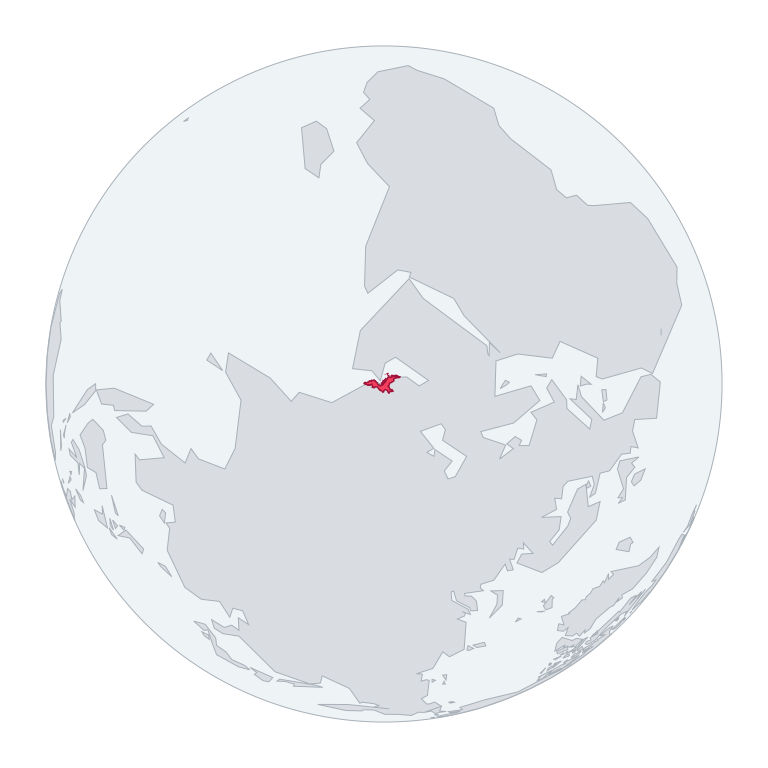 Hormozgan highlighted on a globe, orthographic projection, rotated 152°
{"feature_id": "IRN-3228", "entity_name": "Hormozgan", "entity_type": "Province", "adm_level": 1, "iso_a3": "IRN", "parent_name": "Iran", "parent_adm1": "", "projection": "orthographic", "projection_center": [56.023, 27.172], "detail": "fine", "context": "on_globe", "style": "filled", "palette": "rose", "viewbox_px": 768, "rotation_deg": 152, "n_neighbors": 0, "source": "natural_earth", "source_scale": "10m", "svg_char_len": 15249}
<svg xmlns="http://www.w3.org/2000/svg" viewBox="0 0 768 768"><g transform="rotate(152 384 384)"><circle cx="384" cy="384" r="338" fill="#eef3f6" stroke="#a8b0b8"/><path d="M448.2,52.2L448.6,52.3L449.8,52.5L461.6,55.1L456.8,54.1L469.5,57.1L481.1,60.3L479.2,59.8L492.2,64.0L489.3,63.3L493.9,65.3L489.4,64.5L473.5,59.7L470.2,59.4L479.6,62.5L480.9,64.4L467.7,59.7L468.7,62.8L442.2,57.6L410.4,49.3L392.2,49.2L350.2,49.2L350.5,50.0L334.8,51.8L329.3,53.6L323.1,54.0L324.1,55.3L330.9,54.7L333.6,55.3L331.0,56.7L322.5,57.0L322.6,56.4L318.8,57.3L315.7,57.1L315.8,58.0L305.9,58.9L311.7,60.2L300.5,62.8L295.1,62.9L300.9,59.9L302.5,56.2L299.8,56.7L324.1,51.4L348.8,47.9L373.7,46.2L398.7,46.4L423.6,48.4L448.2,52.2ZM246.2,75.4L247.9,74.7L246.8,75.7L259.2,70.8L260.6,70.8L271.3,67.9L264.0,71.7L251.1,77.4L241.8,80.4L235.9,83.4L240.1,83.9L218.4,93.9L196.3,108.8L191.3,111.6L189.9,109.5L201.5,100.0L200.3,100.4L222.8,87.0L246.2,75.4ZM197.5,102.2L195.0,104.3L182.6,112.7L178.1,116.2L175.4,118.5L177.9,117.1L172.4,121.3L174.1,119.2L179.3,115.1L179.1,115.3L180.5,114.2L197.5,102.2ZM495.4,65.8L498.4,66.7L499.5,67.5L495.4,65.8ZM274.6,66.1L273.0,67.0L271.8,67.0L274.6,66.1ZM280.8,64.2L280.7,63.7L283.6,62.8L283.6,63.1L280.8,64.2ZM493.6,67.1L494.5,68.5L490.8,66.2L493.6,67.1ZM280.3,65.2L288.8,61.3L293.9,59.8L298.3,60.0L280.3,65.2ZM493.2,68.7L495.7,73.0L502.5,75.1L484.6,72.5L488.5,69.1L482.8,65.7L489.3,68.1L493.2,68.7ZM334.1,54.0L326.8,54.7L335.3,53.1L334.1,54.0ZM338.9,52.9L361.1,48.7L370.6,49.0L361.2,50.1L375.5,50.2L369.2,52.2L360.0,52.7L355.1,51.9L356.4,53.5L338.9,52.9ZM474.3,70.8L472.5,71.4L471.3,69.9L474.3,70.8ZM335.3,55.5L338.9,54.3L347.4,54.4L341.7,56.8L340.8,55.9L335.3,55.5ZM382.3,49.4L387.6,50.3L383.9,52.1L385.5,52.8L369.8,52.4L382.3,49.4ZM337.5,56.6L338.5,58.1L332.2,59.4L332.3,56.7L337.5,56.6ZM352.1,53.5L355.8,53.8L351.8,54.4L352.1,53.5ZM310.2,66.1L314.3,64.1L319.1,63.9L310.2,66.1ZM339.4,58.6L341.5,58.2L343.9,58.0L343.2,59.3L339.4,58.6ZM368.4,54.0L365.7,54.8L374.6,54.2L372.2,56.0L362.2,55.6L365.5,56.6L364.8,57.2L357.4,56.2L368.4,54.0ZM349.6,60.4L336.1,61.3L327.3,64.8L322.8,64.9L337.7,59.4L349.6,60.4ZM354.9,57.9L350.6,59.4L347.2,58.6L348.0,57.1L354.9,57.9ZM374.2,57.6L380.4,54.9L382.4,55.1L374.2,57.6ZM347.8,61.5L351.1,61.3L347.5,61.8L347.8,61.5ZM366.9,58.8L368.8,57.7L371.0,58.0L366.9,58.8ZM356.1,62.1L351.7,62.2L352.1,61.1L356.1,62.1ZM361.6,60.7L364.1,61.4L354.9,60.6L362.1,60.1L361.6,60.7ZM368.6,59.3L370.5,59.1L367.5,59.8L368.6,59.3ZM357.1,66.9L345.4,66.1L346.2,63.3L357.5,64.4L357.1,66.9ZM73.5,406.2L70.4,349.6L78.2,335.5L84.1,313.8L142.0,267.2L149.2,277.3L189.1,286.0L193.2,290.9L183.1,306.4L208.6,339.0L223.3,327.8L251.8,347.7L274.3,351.8L291.9,321.0L255.1,313.4L254.1,296.3L287.9,288.7L320.8,296.5L321.5,290.2L305.2,273.0L317.3,263.4L300.1,266.3L303.7,273.5L292.9,276.0L289.0,269.7L293.5,266.2L284.8,261.5L265.8,280.6L267.5,290.0L242.1,288.1L242.3,304.0L233.8,309.1L230.2,284.3L234.0,276.5L223.5,247.6L217.1,255.3L226.7,283.6L221.6,280.1L213.1,292.3L215.6,280.2L206.9,248.8L187.1,246.6L153.7,269.7L143.8,267.3L139.1,256.0L159.4,225.8L179.3,234.9L186.7,225.7L189.6,208.2L195.4,212.9L199.0,207.3L207.2,210.5L225.6,201.5L235.0,203.8L248.8,188.2L255.4,187.6L245.4,196.7L243.4,204.8L267.4,211.8L274.0,209.5L281.1,199.2L286.8,203.1L290.5,192.3L307.6,192.3L289.9,183.8L297.7,173.1L311.6,167.2L310.9,162.5L288.4,172.3L282.2,177.8L282.0,184.7L262.5,200.3L252.8,200.7L261.2,179.8L248.4,178.7L260.5,164.2L314.1,144.4L333.1,143.4L350.6,163.5L342.3,169.2L332.0,164.4L335.5,178.4L338.1,172.6L342.9,176.3L351.5,168.1L355.3,170.4L357.1,159.2L362.7,161.1L361.5,168.2L379.1,159.2L392.5,161.7L394.7,158.7L393.2,154.8L411.3,161.3L412.0,158.9L406.4,155.7L404.3,149.0L407.7,140.1L413.8,142.9L413.4,146.4L421.7,158.6L419.7,168.5L422.5,168.8L425.7,161.0L415.6,145.9L415.9,139.9L421.9,146.2L419.8,143.4L421.8,141.4L429.5,142.1L423.4,135.1L437.8,112.1L454.2,112.4L457.9,119.9L474.4,109.9L491.5,113.0L486.3,109.8L490.7,104.2L485.4,103.0L483.2,101.1L491.9,88.6L498.7,88.6L496.6,81.5L493.9,80.1L488.7,79.6L484.6,72.5L502.5,75.1L507.7,78.0L515.4,78.5L526.1,85.4L538.5,92.1L545.8,100.7L555.0,106.0L556.9,105.7L570.9,113.6L592.9,132.2L566.4,118.0L531.8,94.7L545.2,103.7L539.5,102.4L542.8,106.3L552.5,113.2L555.2,113.5L557.5,131.5L575.6,155.4L580.6,149.8L590.3,154.0L615.3,181.1L630.4,229.4L643.4,239.2L648.5,248.0L646.8,256.8L639.3,244.0L631.7,242.6L627.7,234.6L622.4,245.9L616.5,235.1L615.2,250.1L622.8,257.0L629.7,250.4L631.2,269.2L646.4,279.7L655.3,297.9L653.5,339.0L641.0,357.2L641.7,363.7L633.1,360.0L627.1,376.0L647.6,403.9L648.9,413.8L636.7,438.9L635.4,431.8L612.7,422.1L612.3,446.8L629.7,459.9L635.9,480.0L624.2,477.8L617.5,460.3L609.4,456.3L608.8,435.4L596.7,407.6L584.7,417.6L583.0,405.1L564.5,383.7L545.7,397.0L517.8,436.9L518.3,468.8L506.7,484.5L481.7,442.7L474.0,412.2L462.8,416.5L438.8,392.0L391.3,392.4L386.5,384.2L377.1,388.0L360.6,379.5L353.9,365.8L343.0,366.2L361.2,402.2L373.2,401.9L385.8,388.6L388.4,401.3L404.6,412.3L379.8,442.3L312.4,465.2L309.2,441.0L275.2,369.4L278.1,362.1L278.1,361.3L277.9,359.7L271.4,371.1L266.7,357.0L281.2,406.5L282.2,426.7L311.4,466.5L307.8,469.9L318.3,478.3L355.7,471.7L355.2,479.6L335.5,514.2L286.5,555.7L295.0,586.2L294.9,609.9L268.8,621.1L275.7,638.7L262.9,642.0L265.1,651.1L257.4,658.2L242.8,662.5L213.2,653.8L207.7,645.6L187.4,624.9L157.6,575.9L161.2,558.2L157.0,540.8L136.0,494.6L140.3,474.5L135.6,462.8L125.4,460.3L120.4,446.2L114.6,442.8L81.2,428.6L73.5,406.2ZM116.4,296.8L113.4,302.8L116.4,296.8ZM352.2,322.1L374.1,325.1L370.1,303.8L378.3,303.5L373.9,296.7L369.8,302.3L360.0,284.0L371.6,278.9L372.0,270.1L364.6,268.7L345.0,281.3L358.7,306.9L351.2,314.9L352.2,322.1ZM182.5,112.8L182.1,113.2L178.5,116.2L178.4,116.0L182.5,112.8ZM173.4,124.1L164.8,130.7L170.9,125.5L169.0,126.0L179.4,116.5L189.4,112.6L183.0,115.7L173.4,124.1ZM196.1,103.9L188.4,109.6L196.4,103.6L196.1,103.9ZM211.0,176.6L211.5,181.5L205.0,186.8L193.2,186.5L202.4,178.6L211.0,176.6ZM213.7,187.6L225.4,168.4L233.2,168.6L226.8,171.6L230.8,173.7L221.7,179.1L217.8,199.2L211.8,205.4L193.2,199.9L202.6,197.9L201.5,192.8L213.7,187.6ZM241.3,127.0L246.4,120.9L256.7,128.9L250.8,133.9L238.6,133.2L238.5,127.1L241.3,127.0ZM286.5,67.3L287.8,66.1L290.2,65.8L291.0,66.6L286.5,67.3ZM311.7,65.2L283.3,73.1L283.3,71.9L266.6,79.2L260.2,79.0L271.3,74.0L253.9,79.9L261.3,75.4L249.4,80.1L274.7,69.1L280.7,66.0L276.4,69.3L282.1,69.5L286.4,68.6L302.9,64.2L318.5,58.5L326.7,58.6L328.3,60.1L325.8,61.5L321.3,60.8L321.1,63.1L312.7,63.4L311.7,65.2ZM342.3,90.2L338.2,86.9L336.5,95.5L328.0,94.1L328.4,95.2L320.1,96.6L310.7,100.4L307.6,99.1L305.3,101.2L299.8,102.5L295.5,105.1L288.5,104.1L282.8,107.3L282.7,105.0L274.6,111.2L277.6,106.2L270.7,108.0L271.5,111.8L244.4,104.0L230.8,106.0L217.8,110.8L224.5,102.9L241.0,93.9L260.9,86.4L273.0,86.2L273.9,83.2L279.9,82.4L276.7,85.1L285.3,80.6L289.4,80.8L307.2,76.9L316.9,71.2L323.7,70.0L321.9,72.4L329.8,69.6L331.1,73.6L335.9,73.0L342.0,76.8L335.8,82.5L341.7,81.5L346.6,84.9L342.3,90.2ZM358.5,68.0L353.0,74.1L345.7,76.6L338.2,69.1L333.6,69.1L328.5,65.3L339.2,62.0L339.7,63.2L342.6,63.8L338.1,64.6L344.0,64.4L344.8,66.3L349.5,66.9L346.4,68.6L358.5,68.0ZM201.2,286.5L204.9,288.7L211.6,290.1L206.3,298.3L201.2,286.5ZM194.7,265.2L198.6,265.4L194.4,276.7L190.6,274.8L194.7,265.2ZM204.4,256.4L199.2,264.5L199.7,259.0L204.4,256.4ZM249.3,196.7L253.9,196.7L253.0,199.3L248.9,202.4L249.3,196.7ZM335.6,118.7L334.4,115.6L336.6,114.8L340.6,107.7L347.2,108.6L347.4,113.3L335.6,118.7ZM283.6,325.4L275.1,330.3L272.6,326.7L276.0,325.7L283.6,325.4ZM237.3,314.4L246.2,321.2L235.8,316.6L237.3,314.4ZM343.4,118.5L344.3,115.3L347.1,117.8L343.4,118.5ZM352.3,109.0L356.1,111.3L348.5,107.9L352.3,109.0ZM433.9,709.0L437.8,710.0L432.1,710.7L433.9,709.0ZM352.5,611.2L336.5,649.0L320.4,647.8L314.8,636.4L318.9,613.1L336.7,607.5L344.7,596.6L352.5,611.2ZM680.8,503.1L685.0,500.9L684.6,502.4L680.8,503.1ZM676.5,502.1L681.9,498.5L675.1,505.7L676.5,502.1ZM683.9,497.1L689.3,490.4L691.7,486.3L690.9,489.5L683.9,497.1ZM672.6,504.8L648.8,518.2L638.5,519.7L641.6,513.5L658.2,506.4L672.6,504.8ZM640.7,513.8L624.2,507.0L596.9,474.2L606.8,471.7L634.4,487.1L632.8,492.2L642.8,498.9L640.7,513.8ZM678.1,467.7L676.3,481.7L663.8,488.3L657.7,489.5L653.6,474.8L656.0,464.9L661.2,462.4L677.7,421.8L684.2,425.0L679.9,441.0L685.0,449.4L678.1,467.7ZM520.1,471.5L529.2,488.3L522.4,492.6L520.1,471.5ZM681.7,396.2L676.8,413.9L680.5,392.3L681.7,396.2ZM682.3,377.2L683.9,383.6L680.1,379.1L682.3,377.2ZM644.0,373.0L638.7,377.4L637.3,372.7L643.2,364.4L644.0,373.0ZM661.9,313.5L666.7,327.3L667.4,332.6L662.6,325.7L661.9,313.5ZM400.9,127.9L387.9,136.3L382.9,144.2L386.9,151.2L375.7,145.6L383.4,133.2L400.9,127.9ZM432.6,113.5L429.0,108.4L434.2,108.9L435.7,110.1L432.6,113.5ZM427.9,111.6L416.6,108.8L417.0,104.9L425.8,107.8L427.9,111.6ZM379.7,112.2L375.4,114.4L373.3,112.2L379.7,112.2ZM651.3,590.7L628.2,616.0L623.6,618.7L631.1,609.9L639.4,591.2L641.5,590.1L648.0,575.1L672.0,547.0L691.1,509.9L697.2,503.7L706.2,477.8L710.1,470.8L704.9,489.0L705.0,489.7L694.8,516.6L682.5,542.5L667.9,567.3L651.3,590.7ZM691.1,495.7L698.0,480.5L700.7,476.8L691.1,495.7ZM716.5,444.0L714.7,450.3L716.4,441.9L717.1,433.9L712.4,440.3L711.4,436.2L713.9,428.5L709.6,430.2L714.5,420.3L715.6,429.9L718.0,416.0L720.3,411.1L721.0,408.5L716.5,444.0ZM712.7,447.8L713.4,446.6L712.4,451.5L712.7,447.8ZM703.0,450.6L702.5,454.4L701.0,453.4L703.0,450.6ZM705.2,446.3L709.4,444.6L704.6,449.7L705.2,446.3ZM688.1,450.0L690.0,456.8L695.8,446.7L691.3,458.0L694.4,468.3L692.6,474.5L689.8,463.1L687.4,479.3L684.7,481.1L684.0,469.3L687.2,451.3L689.8,442.7L699.8,431.3L688.1,450.0ZM705.5,436.2L704.2,428.0L705.0,420.5L706.5,424.0L705.5,436.2ZM698.8,408.9L693.5,401.3L690.0,408.9L695.7,386.6L700.1,397.4L698.8,408.9ZM692.2,387.3L689.1,394.3L691.4,382.0L692.2,387.3ZM687.5,391.3L685.8,383.8L688.9,382.5L687.5,391.3ZM694.1,386.1L692.4,372.2L695.2,378.8L694.1,386.1ZM680.8,367.4L690.0,375.0L680.4,376.2L673.7,351.1L677.3,347.7L680.8,367.4ZM661.1,250.8L656.7,244.6L658.2,240.5L660.8,245.8L661.1,250.8ZM658.9,223.7L657.1,237.4L654.9,249.6L658.5,250.9L663.3,264.0L654.7,255.8L651.8,238.9L654.5,231.9L649.3,221.6L647.7,212.0L639.2,201.0L636.7,194.7L645.3,202.7L658.9,223.7ZM635.4,196.7L620.0,177.0L625.5,175.1L630.1,178.9L634.8,188.5L631.7,188.9L635.4,196.7ZM617.9,171.9L614.7,172.4L585.4,149.9L580.5,144.9L605.7,159.6L604.1,161.1L610.3,167.3L617.9,171.9ZM476.1,72.6L472.8,71.5L476.0,71.7L476.1,72.6ZM480.2,100.7L477.7,98.2L481.5,98.1L480.2,100.7ZM473.1,91.5L470.5,93.3L470.7,90.2L473.1,91.5ZM465.1,97.9L468.2,93.5L468.9,99.4L465.1,97.9Z" fill="#d9dde1" stroke="#a8b0b8" stroke-width="1"/><path d="M401.2,394.0L400.9,394.1L400.6,394.3L400.4,394.2L400.2,394.3L400.0,394.2L399.8,394.1L399.6,393.8L399.4,393.6L399.2,393.5L398.9,393.3L398.4,393.3L397.4,393.2L397.1,393.2L396.8,393.2L396.7,393.2L396.4,393.1L396.2,393.3L395.9,393.4L395.6,393.5L395.4,393.5L394.9,393.4L394.6,393.2L394.5,392.8L394.3,392.6L394.1,392.6L393.9,392.7L393.7,392.8L393.4,393.0L393.3,392.7L393.3,392.4L393.2,392.4L392.5,392.4L392.3,392.3L392.1,392.4L391.6,392.3L391.6,392.2L390.9,392.2L390.8,391.8L390.6,391.5L390.5,391.1L390.3,390.9L390.2,390.9L390.1,390.4L390.1,390.2L390.3,389.9L390.2,389.7L389.9,389.3L389.9,389.2L389.8,388.7L389.7,388.6L389.6,388.4L389.6,387.5L389.6,387.2L389.3,385.9L389.2,385.8L389.0,385.6L389.0,385.4L388.7,385.3L388.8,385.3L389.0,385.2L388.9,385.1L389.0,385.0L388.8,385.1L388.7,385.1L388.6,384.9L388.5,385.0L388.4,384.9L388.5,384.6L388.4,384.5L388.2,384.4L388.1,384.2L388.0,384.3L387.9,384.3L387.8,384.2L387.7,384.1L387.1,384.1L386.9,384.1L386.2,384.0L385.9,383.8L385.7,383.8L385.4,383.8L385.2,383.9L385.0,384.0L384.5,384.1L384.4,384.2L384.4,384.3L383.8,384.6L383.6,384.9L383.1,385.0L382.8,385.0L382.6,385.0L382.4,385.0L382.2,385.0L381.8,385.3L381.5,385.6L381.7,385.8L381.5,386.1L381.4,386.3L381.2,386.4L380.9,386.4L380.7,386.4L380.3,386.3L380.0,386.2L379.8,386.3L379.7,386.6L379.2,386.8L378.8,387.1L378.2,387.5L377.7,387.8L377.5,388.0L377.3,387.9L376.8,387.9L376.6,387.9L376.5,387.7L376.4,387.6L376.3,387.4L376.1,387.4L375.6,387.4L375.4,387.3L375.1,386.8L375.0,386.6L374.9,386.6L374.6,386.7L374.1,386.7L373.6,386.5L373.5,386.4L373.4,386.4L373.0,386.6L372.5,386.7L372.4,386.7L372.2,386.6L371.9,386.6L371.6,386.4L371.2,386.1L370.7,385.7L370.6,385.3L370.5,385.1L370.3,384.9L368.5,384.3L368.3,384.2L368.1,384.0L367.8,383.9L367.7,383.8L367.7,383.7L367.4,383.5L366.9,383.1L366.5,382.9L366.6,382.7L367.2,382.6L367.5,382.7L368.0,382.6L368.2,382.9L368.5,383.2L369.7,383.4L369.9,383.4L370.3,383.8L370.5,383.9L370.9,383.8L371.0,383.8L372.6,384.1L373.2,383.8L373.3,383.6L373.3,383.4L373.4,383.0L373.5,382.6L373.7,382.3L374.2,382.1L375.6,382.0L376.0,382.0L376.5,382.0L376.9,381.9L378.3,382.1L379.0,381.9L379.3,381.6L379.5,381.1L379.7,380.8L380.4,380.4L380.9,380.3L381.2,380.3L381.3,380.2L381.5,380.2L381.6,379.7L381.3,379.3L380.9,378.9L380.9,378.7L381.2,377.5L381.2,376.9L381.1,376.5L379.5,375.0L379.5,374.7L379.7,374.4L379.4,373.5L379.8,373.5L380.8,373.8L381.2,374.2L381.4,374.5L381.7,374.6L381.9,374.7L382.2,374.7L383.2,373.9L383.8,373.6L384.0,373.6L384.1,373.8L384.2,376.0L384.1,376.5L384.2,377.1L384.7,377.7L385.1,378.1L385.6,378.4L386.3,378.5L386.6,378.4L387.2,378.1L387.8,377.6L387.9,377.4L388.2,377.2L388.4,377.2L389.0,377.5L389.0,378.2L389.2,379.1L389.3,379.2L389.4,379.3L389.5,379.3L389.8,379.5L390.0,379.7L390.1,380.0L390.4,380.2L390.6,380.6L390.6,380.9L390.5,381.0L390.4,381.2L390.5,381.3L390.8,381.7L391.0,382.2L391.2,384.4L391.3,384.7L392.9,385.5L393.3,385.8L393.7,385.6L393.8,385.4L394.0,385.3L394.4,385.3L394.7,385.5L395.1,385.8L395.4,386.2L395.6,386.5L395.2,386.4L395.1,386.5L395.2,386.9L395.2,387.1L395.1,387.3L395.0,387.5L394.9,388.6L395.0,389.0L394.9,389.3L394.8,389.5L395.5,389.5L396.0,389.6L396.3,389.5L396.4,389.4L396.6,389.5L396.8,389.6L397.2,389.6L397.3,389.7L397.2,389.8L397.2,390.0L397.3,390.1L397.3,390.3L397.6,390.5L397.9,390.5L398.1,390.4L398.4,390.2L398.6,390.3L398.8,390.4L399.0,390.7L398.9,390.9L398.9,391.1L399.2,391.3L400.2,392.2L400.4,392.5L400.5,392.8L400.8,392.9L400.8,393.1L401.0,393.2L401.2,393.6L401.3,393.7L401.3,393.8L401.2,393.9L401.2,394.0ZM385.0,385.0L385.3,385.2L385.4,385.3L385.2,385.4L384.9,385.5L384.6,385.9L384.4,386.2L384.3,386.3L384.1,386.4L383.8,386.7L383.6,386.8L383.2,386.5L382.9,386.7L382.7,386.9L382.3,386.8L382.2,386.8L381.8,387.1L381.5,387.2L381.3,387.4L380.9,387.4L380.7,387.5L380.4,387.5L380.2,387.7L380.1,387.3L380.1,387.1L380.4,387.1L380.5,387.1L380.7,386.9L381.6,386.7L382.0,386.4L382.3,386.3L382.5,386.3L382.7,386.2L382.8,385.9L382.7,385.7L382.5,385.4L383.3,385.6L383.5,385.5L384.1,385.2L384.8,385.0L385.0,385.0ZM373.5,388.0L373.1,387.9L372.9,387.8L372.8,387.7L373.0,387.5L373.4,387.6L373.5,387.6L373.6,387.8L373.5,388.0ZM369.8,386.0L369.7,386.1L369.3,386.0L369.1,385.9L368.9,385.7L369.0,385.7L369.5,385.8L369.9,385.9L370.0,385.9L370.1,386.0L369.8,386.0ZM385.6,386.0L385.6,385.8L385.7,385.7L385.8,385.7L386.0,385.6L386.0,385.8L385.9,386.0L385.7,386.0L385.6,386.0ZM386.4,384.4L386.5,384.5L386.3,384.8L386.2,384.7L386.3,384.4L386.4,384.4ZM376.0,389.0L376.1,389.4L375.9,389.3L375.9,389.1L376.0,389.0L376.0,389.0ZM383.3,386.9L383.4,387.0L383.2,387.3L383.1,387.1L383.3,386.9ZM371.4,386.7L371.5,386.8L371.3,386.9L371.2,386.8L371.3,386.7L371.4,386.7ZM378.8,391.5L378.7,391.8L378.7,391.7L378.8,391.5ZM376.2,391.3L376.2,391.5L376.0,391.4L376.2,391.3Z" fill="#f43f5e" stroke="#9f1239" stroke-width="1.5"/></g></svg>